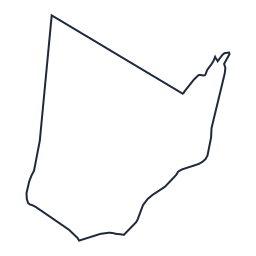 the border of Kgatleng
{"feature_id": "BWA-2646", "entity_name": "Kgatleng", "entity_type": "District", "adm_level": 1, "iso_a3": "BWA", "parent_name": "Botswana", "parent_adm1": "", "projection": "mercator", "projection_center": [26.553, -24.114], "detail": "fine", "context": "isolated", "style": "outline", "palette": "slate", "viewbox_px": 256, "rotation_deg": 0, "n_neighbors": 0, "source": "natural_earth", "source_scale": "10m", "svg_char_len": 873}
<svg xmlns="http://www.w3.org/2000/svg" viewBox="0 0 256 256"><path d="M229.1,52.5L229.5,54.1L224.1,63.9L225.4,68.1L224.7,73.6L211.5,128.2L211.1,137.4L207.5,155.5L205.5,159.1L202.5,161.8L198.6,164.0L182.0,169.4L178.1,171.6L176.4,174.7L165.0,186.7L152.8,194.7L147.7,198.9L143.0,205.1L137.5,219.8L136.1,222.2L123.9,234.8L119.6,234.2L116.2,233.9L112.6,233.0L109.1,232.7L100.3,233.9L79.1,240.6L77.4,237.8L69.0,229.8L54.2,219.6L38.7,209.0L35.7,206.9L31.9,205.0L29.9,204.5L28.1,203.0L26.8,199.0L26.5,193.1L29.2,181.5L31.5,175.5L34.0,170.8L39.8,140.7L51.7,15.4L182.7,93.7L183.4,93.1L184.1,92.3L184.7,91.0L185.0,90.8L193.7,79.8L198.4,75.2L199.8,74.9L203.4,75.5L204.8,75.2L205.6,74.3L206.7,71.1L207.4,69.6L211.7,63.9L213.6,60.7L215.1,56.9L215.6,58.0L217.1,60.1L217.7,61.2L222.1,55.2L224.4,53.2L228.0,52.7L229.0,52.5L229.1,52.5Z" fill="none" stroke="#1e293b" stroke-width="2"/></svg>